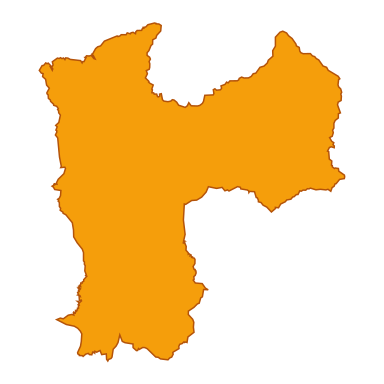 Belu, Nusa Tenggara Timur, Indonesia
{"feature_id": "22746128B36840991830224", "entity_name": "Belu", "entity_type": "district", "adm_level": 2, "iso_a3": "IDN", "parent_name": "Indonesia", "parent_adm1": "Nusa Tenggara Timur", "projection": "mercator", "projection_center": [124.962, -9.176], "detail": "fine", "context": "isolated", "style": "filled", "palette": "amber", "viewbox_px": 384, "rotation_deg": 0, "n_neighbors": 0, "source": "geoboundaries", "source_scale": "gbopen_adm2", "svg_char_len": 5772}
<svg xmlns="http://www.w3.org/2000/svg" viewBox="0 0 384 384"><path d="M208.2,289.8L205.4,288.1L202.2,283.6L195.3,283.0L193.2,280.1L194.1,279.3L193.8,276.6L195.2,275.4L196.1,273.0L195.9,270.9L195.2,270.7L195.1,269.5L194.0,269.2L193.1,266.5L194.9,263.6L195.0,259.5L194.3,258.2L191.9,257.5L192.3,256.9L191.3,256.6L191.0,255.1L190.2,255.5L190.5,254.8L188.8,253.6L188.3,254.0L188.3,252.9L186.0,250.2L186.2,246.4L185.1,243.7L183.4,242.9L184.8,242.0L184.1,241.9L184.5,241.0L183.6,241.0L185.1,234.4L183.4,220.0L184.3,204.0L185.6,204.4L191.7,200.5L196.7,200.1L201.7,197.1L206.1,192.1L208.4,186.7L216.6,188.4L222.1,187.4L224.9,190.8L227.5,189.9L229.0,191.0L237.6,186.6L240.4,187.3L240.8,188.9L247.3,190.0L248.6,190.8L248.9,192.5L249.6,191.4L254.5,191.7L256.2,197.5L257.3,197.8L258.3,200.0L258.4,201.8L261.0,202.5L263.1,205.2L266.8,207.1L271.4,212.0L275.5,208.5L275.4,207.4L278.5,207.8L280.7,204.0L285.4,201.7L286.6,200.0L290.9,199.2L292.7,197.0L294.1,196.7L296.3,194.6L298.0,194.5L299.8,190.8L301.2,191.2L303.1,190.1L305.7,190.2L307.4,188.7L309.0,188.9L310.3,188.1L315.9,189.8L320.5,189.3L325.9,189.9L328.0,189.3L330.8,191.3L332.1,187.6L334.1,186.3L335.0,183.9L336.1,183.7L339.6,179.4L344.3,178.6L344.7,176.8L344.4,175.1L338.8,171.2L338.4,168.5L335.2,168.0L334.4,168.5L332.3,166.8L332.3,165.6L331.5,165.2L331.8,161.0L329.3,159.1L328.7,151.6L327.5,151.1L329.4,147.5L331.2,146.8L334.2,147.7L334.3,146.0L333.0,144.6L333.8,142.7L331.7,141.3L329.6,137.6L332.2,136.3L333.3,132.7L332.6,130.1L333.9,128.1L333.9,123.3L335.2,120.4L338.3,118.0L338.4,113.7L340.4,112.9L337.5,104.8L338.2,102.1L341.1,100.5L341.4,96.2L340.8,94.0L341.7,92.3L340.7,88.9L338.6,86.8L338.0,84.8L338.6,79.6L339.8,78.8L338.2,76.3L328.2,70.3L326.6,67.3L323.0,66.0L318.7,59.9L316.2,58.5L314.7,56.6L312.4,55.9L310.4,53.6L303.2,53.7L301.0,52.8L299.8,51.2L299.2,47.4L296.4,45.9L295.9,44.0L292.1,38.5L288.5,35.7L286.6,33.0L282.8,31.2L280.0,32.2L275.4,37.2L275.4,46.2L272.7,50.7L272.9,56.2L268.3,60.2L267.3,63.0L264.0,66.1L260.0,67.3L255.8,73.2L253.2,73.7L251.3,76.4L248.5,77.9L244.1,78.0L241.6,77.1L239.2,78.4L238.7,79.9L237.3,80.8L229.9,80.9L228.1,82.9L226.6,82.1L225.0,84.4L221.0,85.9L221.6,88.2L220.5,89.8L216.5,90.2L214.9,88.8L213.3,89.7L213.9,93.6L213.2,94.9L204.8,95.3L203.5,101.4L202.4,103.4L199.8,105.4L197.4,106.0L191.2,105.8L188.8,102.7L187.3,105.8L185.2,107.4L178.6,105.2L176.7,102.2L174.0,100.0L172.3,99.7L170.8,101.1L167.9,101.7L163.9,101.1L162.5,99.8L161.3,93.7L159.6,94.1L159.7,96.2L158.5,96.9L157.5,96.6L156.7,94.1L154.2,94.1L153.7,92.9L151.9,92.7L152.4,89.8L151.8,89.2L153.2,85.0L149.8,83.2L148.6,82.1L148.9,81.4L145.4,77.9L147.4,73.8L146.3,70.6L149.2,69.3L149.7,67.5L149.8,63.7L149.1,61.6L150.4,59.1L149.6,57.2L147.1,55.4L147.1,52.7L148.9,50.7L151.0,45.5L152.6,44.1L152.7,39.8L155.9,38.1L156.7,35.4L160.7,31.0L161.2,25.5L158.9,24.0L155.4,23.8L156.6,23.5L154.5,23.0L147.9,24.7L145.7,27.0L143.2,27.4L143.8,28.2L142.3,28.7L141.6,30.4L137.1,30.5L135.8,31.8L135.5,33.7L133.1,32.3L131.0,32.8L130.4,33.8L127.2,32.9L126.1,34.7L121.2,34.7L119.7,36.1L117.9,36.6L117.5,36.3L118.2,36.1L117.0,36.0L104.4,41.1L100.6,45.9L97.7,46.8L95.6,48.6L92.2,54.7L91.8,53.4L92.2,55.6L93.3,55.5L95.1,59.0L93.9,58.6L91.2,55.3L89.4,56.0L86.5,55.8L85.7,56.8L86.0,57.4L84.9,57.5L85.6,58.4L84.0,61.6L82.7,61.6L82.1,62.9L80.6,60.6L70.2,59.4L67.9,58.1L65.6,57.9L64.9,59.6L63.5,58.0L62.0,58.6L60.5,57.7L59.2,58.5L57.4,58.1L52.3,61.8L53.1,64.9L51.7,67.6L52.8,68.9L52.3,70.3L50.2,66.5L50.9,66.3L51.4,67.4L51.7,66.7L48.2,63.1L47.0,63.7L45.8,62.9L43.6,65.4L42.1,65.6L39.3,70.4L41.3,73.1L43.1,73.6L42.6,76.6L45.6,79.3L46.6,85.1L49.3,88.2L46.9,92.7L47.0,93.8L48.1,94.8L48.4,98.4L50.3,99.9L50.6,101.4L53.5,104.1L53.7,105.3L56.7,106.3L58.3,108.6L57.6,109.6L58.5,110.5L58.7,112.8L60.4,115.1L58.8,122.5L55.7,125.4L57.2,126.8L55.9,130.1L56.7,130.6L56.8,132.1L55.4,135.0L57.7,137.9L59.5,157.1L61.3,166.3L60.7,167.6L64.8,167.2L65.5,168.5L63.9,173.7L58.2,179.3L56.5,182.8L56.9,184.2L54.3,183.7L53.9,184.4L54.6,184.8L52.1,186.2L53.4,187.1L54.7,189.5L60.9,190.5L60.5,195.7L59.2,198.3L57.7,199.3L58.7,200.0L58.2,201.2L59.3,202.3L59.4,206.6L60.6,208.2L60.2,210.3L62.9,212.1L63.1,213.3L65.8,214.7L72.3,222.7L73.5,230.0L73.7,236.9L77.2,242.8L82.3,249.2L83.5,252.6L83.5,260.9L84.4,261.8L84.4,264.4L85.2,265.6L84.8,270.9L86.2,274.6L85.6,275.5L86.8,276.2L83.7,279.7L83.7,281.2L82.2,282.1L82.2,283.0L80.8,283.0L80.6,284.8L79.8,285.2L80.6,286.5L79.0,286.3L79.4,287.2L78.3,287.4L79.9,288.4L78.7,288.7L79.9,289.6L78.5,290.3L79.1,291.4L77.6,292.4L78.5,294.6L77.8,295.0L79.9,295.6L80.3,296.6L79.1,296.3L79.4,300.4L81.3,300.1L81.5,300.9L79.6,302.6L78.5,301.5L77.5,301.4L78.7,302.4L79.0,304.2L78.3,304.5L79.1,305.3L78.4,305.7L78.5,308.2L77.5,308.2L77.4,310.0L75.7,310.4L76.4,311.3L75.7,311.6L75.3,313.0L73.8,312.0L73.4,312.6L74.2,313.6L73.2,314.2L73.6,315.0L71.9,314.4L68.2,315.2L63.3,318.8L60.3,318.1L56.7,319.6L66.3,324.5L74.3,326.2L77.7,328.2L80.3,331.1L81.8,333.9L81.3,341.5L80.5,346.2L77.6,352.6L77.8,353.9L79.3,354.7L79.3,355.5L82.5,355.7L83.1,356.4L85.8,354.1L88.3,353.4L89.4,354.6L91.8,354.8L92.9,351.4L92.9,352.9L93.8,352.2L94.7,353.1L94.9,351.3L96.7,352.2L100.0,350.5L101.7,354.6L106.3,353.9L106.6,359.3L107.8,361.0L108.6,359.4L111.0,358.5L112.0,357.1L113.2,349.2L116.1,346.1L118.0,342.6L119.8,334.9L122.3,341.4L125.0,342.7L133.0,344.0L133.1,347.6L136.4,350.6L137.6,350.5L138.5,348.6L139.3,349.4L142.7,347.5L144.9,347.6L147.2,348.7L155.7,357.0L158.2,357.3L160.5,358.9L168.0,359.8L169.6,358.0L171.7,357.1L173.2,354.1L172.7,352.8L173.3,352.0L179.0,348.6L178.8,346.4L179.7,344.3L182.1,343.6L184.0,341.9L184.5,342.5L185.8,342.0L187.0,342.5L187.9,337.0L194.0,332.3L193.4,327.1L193.8,322.3L192.7,319.3L188.3,314.5L188.4,311.1L193.9,307.4L197.4,303.9L199.2,303.2L200.7,297.9L202.4,296.8L203.6,289.5L208.2,289.8Z" fill="#f59e0b" stroke="#b45309" stroke-width="1.5"/></svg>